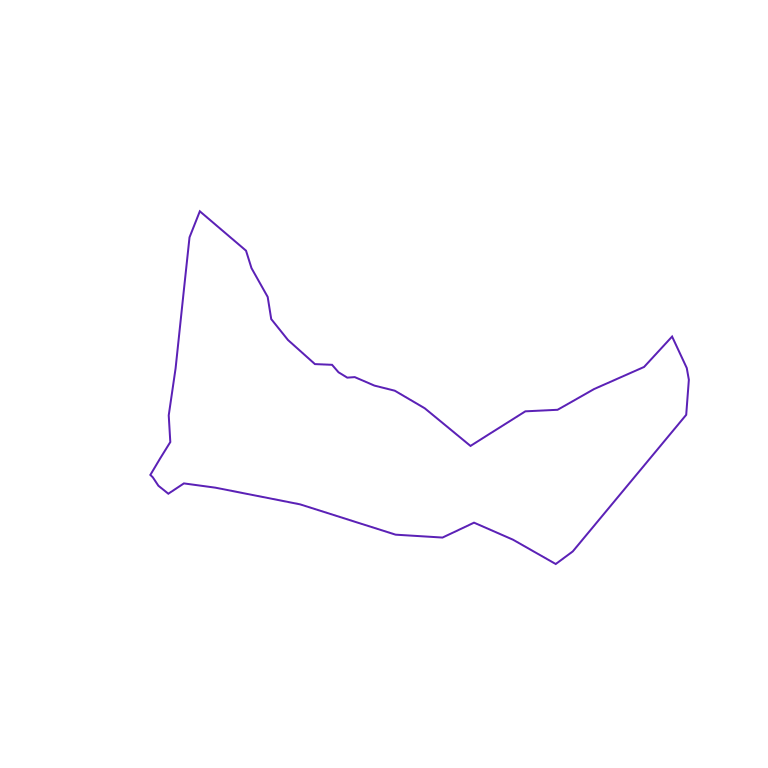 Koubia, orthographic projection, rotated 41°
{"feature_id": "GIN-5645", "entity_name": "Koubia", "entity_type": "Prefecture", "adm_level": 1, "iso_a3": "GIN", "parent_name": "Guinea", "parent_adm1": "", "projection": "orthographic", "projection_center": [-11.818, 11.71], "detail": "fine", "context": "isolated", "style": "outline", "palette": "violet", "viewbox_px": 768, "rotation_deg": 41, "n_neighbors": 0, "source": "natural_earth", "source_scale": "10m", "svg_char_len": 693}
<svg xmlns="http://www.w3.org/2000/svg" viewBox="0 0 768 768"><g transform="rotate(41 384 384)"><path d="M570.3,159.2L602.0,173.3L611.3,180.8L632.3,209.0L636.3,386.5L631.7,407.2L583.4,416.9L542.9,429.6L528.9,461.5L491.6,490.1L399.6,529.9L324.7,572.9L298.2,590.3L293.2,608.3L280.5,608.8L270.7,606.1L267.3,605.9L263.9,587.1L260.8,568.0L242.1,548.9L216.5,509.0L172.1,445.5L141.0,400.9L131.7,374.5L192.4,373.9L208.0,383.5L239.1,394.6L256.3,409.0L282.7,413.8L318.8,414.3L332.2,403.6L342.0,405.0L352.1,403.3L357.4,398.0L377.8,391.5L396.5,382.0L430.7,375.6L489.9,374.0L496.1,353.3L508.6,311.9L531.9,289.6L545.9,249.9L569.1,200.5L570.3,159.2Z" fill="none" stroke="#5b21b6" stroke-width="2"/></g></svg>